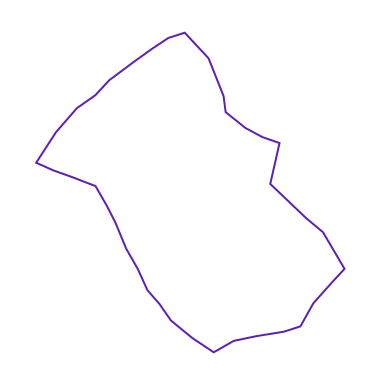 the district of Makrasyka, Cyprus, rotated 94°
{"feature_id": "46923920B17010547008979", "entity_name": "Makrasyka", "entity_type": "district", "adm_level": 2, "iso_a3": "CYP", "parent_name": "Cyprus", "parent_adm1": "", "projection": "mercator", "projection_center": [33.756, 35.072], "detail": "fine", "context": "isolated", "style": "outline", "palette": "violet", "viewbox_px": 384, "rotation_deg": 94, "n_neighbors": 0, "source": "geoboundaries", "source_scale": "gbopen_adm2", "svg_char_len": 629}
<svg xmlns="http://www.w3.org/2000/svg" viewBox="0 0 384 384"><g transform="rotate(94 192 192)"><path d="M258.0,34.5L223.0,58.5L210.3,76.1L178.5,114.5L137.1,108.1L132.3,125.7L124.4,143.2L110.0,164.0L94.1,167.2L57.5,184.8L33.6,210.4L40.0,226.4L51.1,240.8L65.5,258.3L69.4,262.8L86.2,282.3L102.1,295.1L116.4,312.7L141.9,331.9L173.7,349.5L180.1,331.9L186.4,309.5L188.6,302.6L192.8,288.7L211.9,275.9L227.8,266.3L253.3,253.6L272.4,240.8L293.1,229.6L305.8,216.8L321.7,204.0L337.6,181.6L350.4,159.2L337.6,140.0L331.3,117.7L324.9,90.5L318.5,74.5L294.7,63.3L274.0,47.3L258.0,34.5Z" fill="none" stroke="#5b21b6" stroke-width="2"/></g></svg>